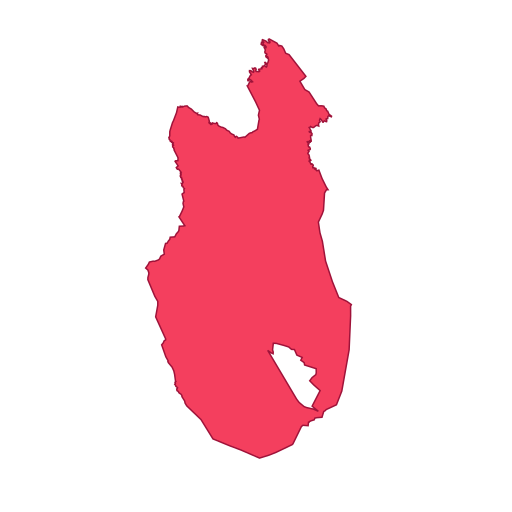 Durbes pag., Durbes, Latvia, rotated 237°
{"feature_id": "27541924B87236777482694", "entity_name": "Durbes pag.", "entity_type": "district", "adm_level": 2, "iso_a3": "LVA", "parent_name": "Latvia", "parent_adm1": "Durbes", "projection": "equal_earth", "projection_center": [21.473, 56.574], "detail": "fine", "context": "isolated", "style": "filled", "palette": "rose", "viewbox_px": 512, "rotation_deg": 237, "n_neighbors": 0, "source": "geoboundaries", "source_scale": "gbopen_adm2", "svg_char_len": 6147}
<svg xmlns="http://www.w3.org/2000/svg" viewBox="0 0 512 512"><g transform="rotate(237 256 256)"><path d="M414.3,260.3L413.4,258.7L408.5,252.8L407.2,251.4L403.7,249.1L402.7,247.4L402.2,247.5L401.6,246.9L400.9,246.8L400.6,247.1L398.7,246.6L398.1,247.2L398.2,247.8L397.8,247.8L397.2,247.3L396.9,247.7L396.2,247.5L396.0,248.0L395.7,247.5L395.0,247.6L395.0,246.8L393.8,246.9L394.0,246.2L392.8,245.5L391.7,246.0L390.8,245.4L390.0,245.6L389.4,245.0L380.8,244.1L378.5,242.4L379.7,240.2L379.5,239.7L374.0,239.8L373.6,237.3L372.0,237.2L371.5,237.4L371.3,238.1L370.4,238.5L367.1,238.8L367.2,238.3L366.7,237.7L366.1,238.0L365.6,237.9L365.6,237.4L364.7,237.2L364.5,236.6L364.7,236.4L364.0,235.9L363.2,236.0L362.8,235.7L362.4,236.3L361.0,235.5L360.7,235.9L360.4,235.8L359.8,235.2L359.2,235.4L358.8,234.9L358.1,235.2L357.4,234.8L357.6,234.5L356.9,233.6L357.5,232.9L356.1,232.8L355.7,232.2L355.1,232.0L354.1,232.7L353.0,232.2L351.5,232.7L351.0,231.7L348.3,230.3L348.4,229.9L348.2,227.7L341.3,225.3L341.1,224.6L339.8,223.4L336.5,222.2L333.8,218.3L330.8,213.3L330.8,212.7L320.2,212.8L320.7,211.4L322.7,207.9L319.4,205.2L318.8,204.2L318.0,201.3L316.3,198.3L318.5,194.3L316.9,192.7L316.4,190.9L315.1,188.3L315.8,187.0L311.3,181.9L307.5,180.1L307.7,176.1L306.0,173.4L305.9,171.9L306.7,168.2L307.7,166.9L309.0,163.3L307.7,161.2L306.0,156.9L303.1,157.7L300.1,156.9L298.9,155.9L296.9,153.7L295.0,152.4L277.3,149.2L271.4,148.9L268.2,146.8L259.6,138.7L235.7,135.1L234.9,134.6L234.9,132.8L233.6,130.8L232.9,128.5L220.6,125.5L215.9,125.2L215.5,124.6L214.3,124.4L208.5,125.1L204.4,124.5L200.9,123.2L195.0,120.4L194.3,120.4L194.2,119.3L193.0,119.0L192.7,118.0L191.0,118.1L190.4,117.8L188.3,118.5L187.6,117.6L187.7,117.1L186.1,116.4L184.9,117.0L183.1,116.9L181.0,117.8L179.4,117.9L178.4,117.3L173.3,117.2L171.2,116.4L168.0,116.3L148.8,120.8L126.0,120.3L111.0,130.7L101.5,137.7L84.6,148.9L81.9,158.4L80.4,165.9L78.1,183.6L78.3,184.6L88.2,201.1L88.5,203.1L85.3,207.3L88.0,209.5L87.7,210.2L88.0,210.7L87.8,212.4L86.9,215.6L88.0,217.1L87.2,219.1L84.8,223.5L88.7,228.1L88.6,229.8L89.0,231.2L87.4,242.4L96.0,254.4L126.6,283.0L154.2,302.7L162.4,308.0L163.3,309.5L168.5,307.5L176.1,302.8L192.9,306.1L213.9,311.6L232.2,319.7L240.7,322.3L250.5,326.8L255.2,334.4L257.6,337.5L271.5,347.8L273.1,351.0L273.1,351.4L272.4,352.5L275.7,352.5L285.0,353.6L293.8,355.5L294.3,353.5L295.9,353.3L296.7,354.0L297.1,353.9L297.2,353.5L296.5,352.8L297.2,352.5L298.5,352.8L299.1,351.7L300.2,352.3L300.5,353.1L301.0,353.5L302.7,353.2L303.1,352.8L302.8,352.4L303.0,352.1L305.7,352.4L306.5,352.1L307.1,352.8L306.2,353.3L306.4,354.2L309.2,353.9L309.5,354.1L309.4,354.5L311.0,355.2L312.4,355.5L313.6,355.2L314.0,355.5L314.8,357.4L316.2,357.2L316.4,357.6L315.9,358.3L315.8,359.0L316.0,359.7L316.5,360.0L318.2,360.3L318.8,359.6L319.2,359.6L321.3,360.5L321.2,361.4L323.8,361.1L323.7,362.0L322.9,362.9L322.0,362.8L321.9,363.6L322.1,363.8L323.4,364.0L323.3,364.5L322.4,364.4L322.2,364.8L322.8,365.2L325.7,366.4L327.3,367.4L327.3,367.9L326.7,368.5L328.0,369.6L329.7,369.6L329.5,369.2L330.8,368.3L331.4,368.5L330.7,370.1L330.9,370.3L334.8,370.6L334.5,371.4L334.9,372.3L333.1,373.2L332.4,374.3L332.7,377.0L332.4,378.2L330.8,379.4L332.7,380.3L333.6,381.5L333.4,382.2L333.8,383.0L335.3,383.2L336.3,384.6L334.8,385.0L331.9,384.9L331.6,385.4L332.1,386.1L332.1,386.9L330.3,388.1L330.2,388.4L331.2,389.2L332.7,389.3L332.8,389.7L332.2,391.0L333.9,392.3L334.0,393.4L331.7,395.0L332.1,395.5L335.2,394.4L338.4,395.0L339.4,394.4L341.1,394.9L343.0,394.2L344.7,394.5L346.1,393.0L347.9,390.2L350.7,389.8L364.7,389.8L368.7,387.7L369.4,387.6L378.7,388.0L378.8,392.8L379.5,395.7L406.9,393.4L409.9,391.3L414.7,392.1L418.0,392.0L419.7,390.5L419.5,390.0L419.7,389.5L423.1,389.5L430.8,385.3L430.9,384.4L430.5,384.0L429.3,383.7L428.4,384.4L427.5,384.0L427.3,383.5L428.5,382.0L430.8,381.4L433.9,379.3L433.8,378.9L433.3,378.6L431.0,378.8L431.0,378.2L432.3,377.1L430.8,375.6L428.9,376.3L430.1,377.6L427.5,377.2L427.3,377.4L427.8,378.1L427.5,378.4L425.8,378.4L425.3,377.8L426.6,376.7L426.5,376.4L423.8,376.1L422.4,374.6L421.5,374.2L420.9,374.3L420.0,375.0L419.3,375.0L418.7,373.4L417.7,372.8L416.4,373.2L417.2,373.8L417.4,374.0L417.2,374.2L416.3,374.3L413.5,373.3L411.7,371.3L411.1,370.1L411.6,369.6L413.3,369.3L413.5,368.8L411.5,368.4L410.7,369.3L410.3,369.4L409.0,368.2L408.8,367.7L409.1,367.4L411.3,366.9L411.0,365.9L411.5,365.0L411.1,364.9L411.3,364.5L410.8,364.1L411.0,363.2L409.9,363.0L411.1,359.9L410.7,359.6L409.2,359.9L408.9,359.6L409.0,358.7L410.6,356.7L411.4,356.6L412.5,357.8L413.7,358.0L414.4,357.5L414.3,356.5L415.3,355.2L412.1,354.7L411.6,354.4L411.5,353.8L413.1,352.8L414.2,352.7L415.0,351.5L414.0,350.8L410.5,350.8L410.5,349.6L409.0,346.9L408.7,345.4L407.8,344.8L407.2,344.8L407.2,346.1L408.0,346.3L407.9,346.8L406.2,347.6L404.0,348.0L404.2,347.1L405.4,346.3L405.4,345.5L403.1,341.6L403.3,341.3L385.4,339.6L376.3,338.3L372.8,334.7L368.9,333.3L368.2,332.4L361.5,326.2L361.6,322.4L361.9,321.4L361.6,319.7L362.1,318.9L362.5,317.2L361.6,311.3L362.3,310.9L364.6,305.2L365.5,305.3L367.0,304.8L367.2,304.1L366.9,303.3L368.0,303.1L369.6,303.4L371.7,302.0L373.4,301.4L375.1,301.4L377.6,299.9L379.3,299.7L381.9,298.2L383.0,297.0L385.5,295.5L386.5,295.3L388.3,295.9L389.2,295.7L389.3,295.6L388.9,295.1L388.9,294.5L390.3,292.7L391.3,292.1L391.3,291.2L390.7,290.9L391.0,290.6L390.9,290.3L391.9,290.3L391.5,289.7L392.5,289.7L392.5,289.3L392.9,289.2L393.0,289.7L393.7,289.5L393.8,289.9L395.1,290.5L398.4,291.5L399.8,290.7L400.4,289.1L401.5,288.4L401.6,287.6L404.6,286.0L406.3,284.0L407.1,284.1L407.6,284.8L408.1,283.8L410.4,282.6L414.4,281.8L417.2,280.4L419.4,280.0L420.6,277.7L420.9,276.0L421.7,275.6L421.3,275.0L422.2,274.5L422.0,274.0L422.7,273.9L422.4,273.5L422.6,272.5L423.6,271.6L419.5,267.4L414.3,260.3ZM99.5,221.3L91.8,223.7L96.4,220.7L101.3,215.9L103.5,214.3L109.7,212.4L113.7,212.1L170.5,214.4L166.8,215.8L164.7,217.1L166.0,218.1L168.3,218.8L173.4,223.0L171.5,225.6L165.8,230.7L161.9,233.9L158.4,234.9L156.6,237.3L150.6,236.3L145.8,239.5L144.2,236.8L140.4,238.3L138.1,237.4L128.7,245.1L125.1,242.8L123.9,241.5L123.5,236.9L122.1,233.1L116.5,234.2L108.2,236.5L99.5,221.3Z" fill="#f43f5e" stroke="#9f1239" stroke-width="1.5"/></g></svg>